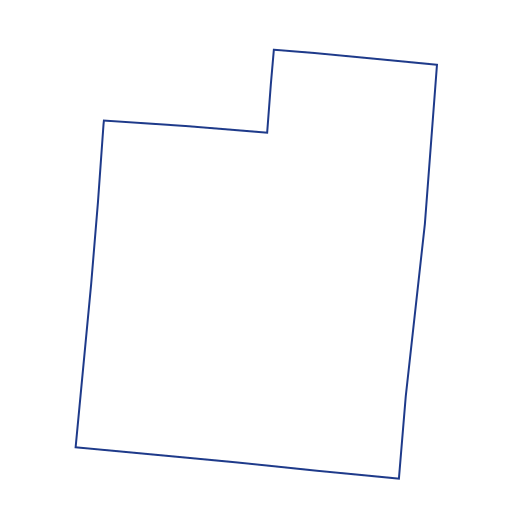 Genesee, Michigan, United States of America (Albers equal-area conic projection), rotated 186°
{"feature_id": "52423323B57804911654438", "entity_name": "Genesee", "entity_type": "district", "adm_level": 2, "iso_a3": "USA", "parent_name": "United States of America", "parent_adm1": "Michigan", "projection": "albers", "projection_center": [-83.695, 43.002], "detail": "fine", "context": "isolated", "style": "outline", "palette": "blue", "viewbox_px": 512, "rotation_deg": 186, "n_neighbors": 0, "source": "geoboundaries", "source_scale": "gbopen_adm2", "svg_char_len": 361}
<svg xmlns="http://www.w3.org/2000/svg" viewBox="0 0 512 512"><g transform="rotate(186 256 256)"><path d="M96.0,465.1L218.4,464.0L259.8,463.0L259.2,428.7L257.8,379.8L339.8,377.9L421.4,374.8L421.4,370.9L418.8,292.7L417.0,210.6L415.4,46.9L253.5,48.7L171.6,48.8L90.6,49.5L92.4,132.3L91.4,305.3L96.0,465.1Z" fill="none" stroke="#1e3a8a" stroke-width="2"/></g></svg>